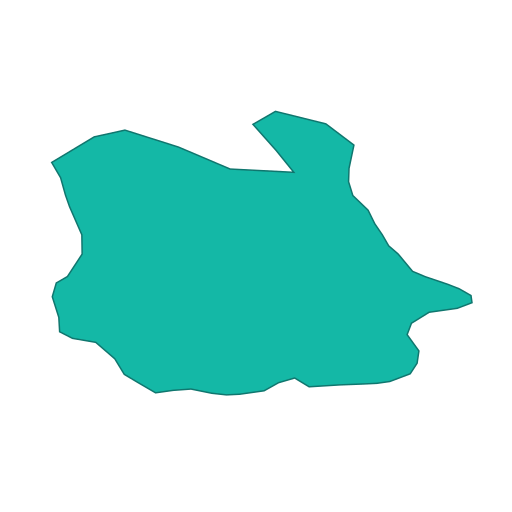 Agios Ermolaos, Cyprus (Albers equal-area conic projection), rotated 172°
{"feature_id": "46923920B200198305742", "entity_name": "Agios Ermolaos", "entity_type": "district", "adm_level": 2, "iso_a3": "CYP", "parent_name": "Cyprus", "parent_adm1": "", "projection": "albers", "projection_center": [33.172, 35.267], "detail": "fine", "context": "isolated", "style": "filled", "palette": "teal", "viewbox_px": 512, "rotation_deg": 172, "n_neighbors": 0, "source": "geoboundaries", "source_scale": "gbopen_adm2", "svg_char_len": 931}
<svg xmlns="http://www.w3.org/2000/svg" viewBox="0 0 512 512"><g transform="rotate(172 256 256)"><path d="M399.6,396.5L445.3,377.1L438.6,360.7L436.2,342.9L433.8,330.9L425.5,301.2L427.9,282.1L445.6,261.9L457.5,257.1L463.4,244.0L459.8,222.6L461.0,208.3L449.2,200.0L426.7,192.8L410.1,173.8L402.9,157.1L391.1,147.6L374.5,134.5L356.7,134.5L338.9,133.3L318.8,126.2L304.6,122.6L291.5,121.4L279.7,121.4L266.7,121.4L251.3,127.4L234.7,129.8L221.6,119.1L190.8,116.7L167.1,114.3L154.1,113.1L141.0,113.1L119.7,117.9L111.4,127.4L107.9,139.3L117.3,157.1L111.4,167.8L92.4,176.2L75.9,176.2L64.0,176.2L48.6,179.7L48.6,186.9L59.3,195.2L69.9,201.2L91.2,211.9L103.1,219.0L114.9,238.1L123.2,247.6L128.0,259.5L133.9,271.4L138.6,285.7L151.7,302.4L154.0,316.7L151.7,329.8L143.6,352.2L168.4,377.1L216.6,396.5L240.7,386.8L221.4,357.8L206.9,333.6L269.5,345.7L317.7,374.7L368.3,398.9L399.6,396.5Z" fill="#14b8a6" stroke="#0f766e" stroke-width="1.5"/></g></svg>